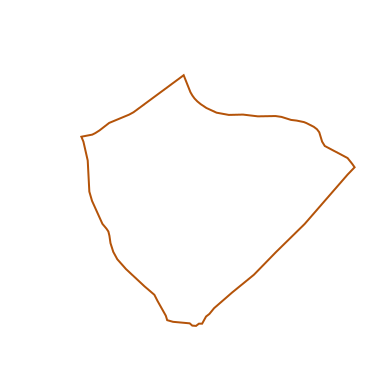 outline of Marowijne, rotated 123°
{"feature_id": "SUR-67", "entity_name": "Marowijne", "entity_type": "District", "adm_level": 1, "iso_a3": "SUR", "parent_name": "Suriname", "parent_adm1": "", "projection": "albers", "projection_center": [-54.373, 5.594], "detail": "fine", "context": "isolated", "style": "outline", "palette": "amber", "viewbox_px": 384, "rotation_deg": 123, "n_neighbors": 0, "source": "natural_earth", "source_scale": "10m", "svg_char_len": 921}
<svg xmlns="http://www.w3.org/2000/svg" viewBox="0 0 384 384"><g transform="rotate(123 192 192)"><path d="M253.9,271.0L247.6,278.3L222.4,296.6L208.9,310.5L205.9,314.9L205.7,314.7L198.2,306.9L195.3,305.2L190.7,303.1L179.2,299.1L161.4,286.9L157.0,284.5L98.6,262.6L109.2,247.6L110.9,244.2L112.2,240.8L113.1,236.9L113.6,232.5L113.7,225.7L112.1,214.6L107.3,203.1L99.3,191.4L92.7,178.0L82.8,163.3L80.3,157.9L77.6,148.2L75.1,143.1L72.4,136.2L71.9,133.7L71.0,125.4L71.3,121.4L72.6,117.8L78.9,110.3L81.1,105.7L78.8,80.0L81.1,73.1L82.7,69.1L92.7,71.0L157.4,80.1L196.9,88.9L227.6,95.0L254.4,103.6L277.4,110.2L284.8,111.0L288.8,112.4L296.9,111.8L298.7,114.5L302.1,115.7L303.9,119.0L303.4,122.4L311.2,137.2L313.0,143.0L310.0,146.6L302.3,161.3L298.7,167.6L297.0,180.4L292.6,205.4L289.1,218.0L285.1,225.4L279.3,232.5L273.7,237.4L270.7,240.6L269.4,243.6L267.5,249.8L253.9,271.0Z" fill="none" stroke="#b45309" stroke-width="2"/></g></svg>